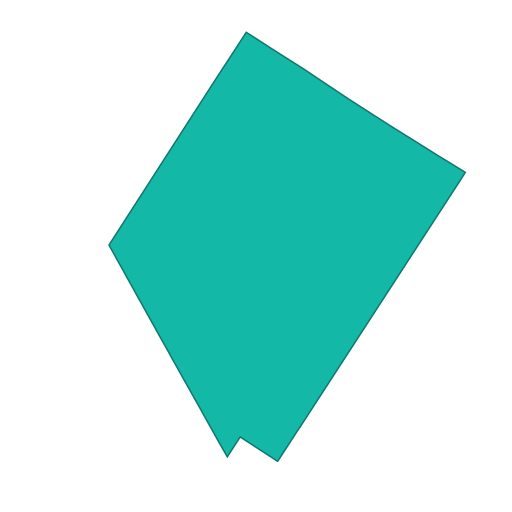 the Municipality of Al Kufrah, rotated 33°
{"feature_id": "LBY-2965", "entity_name": "Al Kufrah", "entity_type": "Municipality", "adm_level": 1, "iso_a3": "LBY", "parent_name": "Libya", "parent_adm1": "", "projection": "mercator", "projection_center": [22.731, 23.273], "detail": "fine", "context": "isolated", "style": "filled", "palette": "teal", "viewbox_px": 512, "rotation_deg": 33, "n_neighbors": 0, "source": "natural_earth", "source_scale": "10m", "svg_char_len": 1606}
<svg xmlns="http://www.w3.org/2000/svg" viewBox="0 0 512 512"><g transform="rotate(33 256 256)"><path d="M341.3,440.1L335.8,437.2L330.3,434.4L324.7,431.5L319.2,428.6L313.7,425.7L308.2,422.8L302.6,419.9L297.1,416.9L291.6,414.0L286.0,411.1L280.5,408.2L275.0,405.3L269.5,402.4L263.9,399.5L258.4,396.6L252.9,393.7L247.4,390.8L241.8,387.9L236.3,384.9L230.8,382.0L225.2,379.1L219.7,376.2L214.2,373.3L208.7,370.3L203.1,367.4L197.6,364.5L192.1,361.6L186.6,358.6L181.0,355.7L175.5,352.8L170.0,349.8L164.4,346.9L158.9,344.0L153.4,341.0L147.9,338.1L142.3,335.2L136.8,332.2L131.3,329.3L126.7,326.9L126.7,323.1L126.7,322.6L126.7,322.1L126.7,321.6L126.7,321.1L126.7,320.6L126.7,320.0L126.7,319.5L126.7,319.0L126.6,295.0L126.5,270.9L126.4,246.6L126.3,222.3L126.2,197.9L126.1,173.4L126.0,148.8L125.9,124.1L126.0,99.0L126.0,73.7L141.2,73.6L156.4,73.6L176.0,73.4L195.5,73.2L222.4,73.6L249.2,73.9L275.4,73.8L301.5,73.6L327.7,73.1L353.9,72.7L370.4,72.2L386.0,71.9L386.1,81.4L386.1,91.1L386.1,105.7L386.1,120.3L386.1,134.8L386.1,149.3L386.1,163.8L386.1,178.2L386.1,192.6L386.1,206.9L386.1,221.2L386.1,235.5L386.1,249.8L386.1,264.0L386.1,278.2L386.1,292.3L386.1,306.4L386.1,320.5L386.1,326.6L386.1,332.6L386.1,338.6L386.1,344.6L386.1,350.5L386.1,356.5L386.1,362.5L386.1,368.5L386.1,374.4L386.0,380.4L386.0,386.4L386.0,392.3L386.0,396.9L386.0,401.4L386.0,405.9L386.0,410.5L386.0,415.8L386.0,416.1L385.9,416.3L385.7,416.4L381.0,416.4L374.4,416.4L369.0,416.4L363.4,416.4L357.4,416.4L352.4,416.4L348.5,416.4L341.3,416.4L341.3,422.4L341.3,428.3L341.3,434.2L341.3,440.1Z" fill="#14b8a6" stroke="#0f766e" stroke-width="1.5"/></g></svg>